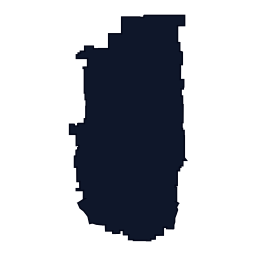 outline of Tammin, Western Australia, Australia
{"feature_id": "25037944B7078020583356", "entity_name": "Tammin", "entity_type": "district", "adm_level": 2, "iso_a3": "AUS", "parent_name": "Australia", "parent_adm1": "Western Australia", "projection": "orthographic", "projection_center": [117.495, -31.605], "detail": "fine", "context": "isolated", "style": "filled", "palette": "ink", "viewbox_px": 256, "rotation_deg": 0, "n_neighbors": 0, "source": "geoboundaries", "source_scale": "gbopen_adm2", "svg_char_len": 4862}
<svg xmlns="http://www.w3.org/2000/svg" viewBox="0 0 256 256"><path d="M89.7,223.5L92.2,222.9L92.4,223.0L93.3,223.1L94.8,223.6L96.2,224.1L96.3,224.1L97.3,224.2L98.1,224.3L99.9,224.5L101.0,224.6L101.5,224.6L102.4,224.8L102.9,224.8L103.2,224.8L103.6,224.8L104.4,224.8L104.6,224.8L105.5,224.8L105.7,230.9L112.7,230.9L112.8,233.3L115.4,233.3L119.7,233.2L119.7,230.4L123.4,230.4L123.4,232.6L123.5,233.1L123.5,233.6L123.4,233.9L123.5,234.7L124.3,234.7L128.7,234.7L128.7,235.9L128.7,236.0L128.7,236.8L128.6,239.4L128.6,239.6L133.5,239.6L133.5,240.4L146.6,240.4L146.6,240.6L150.7,240.6L150.7,239.1L155.2,239.0L155.2,235.8L155.2,235.2L163.3,235.1L163.3,228.5L163.4,227.3L166.7,227.3L166.7,228.6L173.4,228.7L173.6,228.6L173.7,228.3L173.7,228.1L173.7,227.5L173.7,226.7L173.7,225.3L173.7,225.2L173.7,224.9L173.8,224.6L174.0,223.9L174.3,222.9L174.5,222.4L174.6,222.0L174.6,221.9L174.6,221.7L174.6,221.3L174.6,220.6L174.6,219.4L174.6,218.3L174.7,217.9L174.7,217.7L175.1,216.7L175.5,215.6L175.9,214.6L176.3,213.4L176.6,212.4L176.9,211.6L177.1,211.0L177.3,210.4L177.4,210.2L177.4,209.9L177.4,209.6L177.3,209.2L177.2,209.0L177.1,208.7L176.8,208.2L176.7,208.1L176.6,207.8L176.5,207.6L176.5,207.4L176.5,207.2L176.6,206.8L176.7,206.6L177.0,206.1L177.2,205.7L177.4,205.4L177.5,205.2L177.7,204.9L177.9,204.4L178.1,203.9L178.2,203.7L178.4,203.4L178.5,203.3L178.3,203.2L178.0,203.0L177.4,202.7L176.4,202.0L176.5,202.0L176.5,187.1L175.2,187.1L175.2,185.3L177.2,185.3L177.2,176.5L177.2,174.7L177.2,172.8L177.2,171.4L177.2,170.8L177.2,170.7L179.5,170.7L179.5,167.3L180.8,167.3L180.8,165.7L182.8,165.7L182.8,160.3L186.4,160.3L185.7,159.4L185.2,158.9L184.4,157.9L184.3,156.9L184.3,156.7L184.3,156.4L184.3,156.0L184.3,155.9L184.3,155.5L184.3,155.4L184.3,155.2L184.3,154.9L184.3,154.7L184.3,154.2L184.3,153.8L184.3,153.6L184.3,153.4L184.3,153.1L184.3,152.8L184.3,152.5L184.3,152.3L184.3,151.7L184.3,151.2L184.3,150.9L184.3,150.6L184.3,150.4L184.3,150.0L184.3,149.8L184.3,149.6L184.3,149.4L184.3,149.2L184.3,147.8L184.3,135.8L184.0,135.8L184.0,135.4L184.1,135.2L184.1,130.5L182.5,130.5L182.5,128.4L182.0,128.4L182.0,122.6L182.9,122.6L183.0,104.7L182.5,104.7L182.5,96.0L181.1,96.0L181.1,94.8L181.1,94.3L181.1,93.7L181.1,92.4L181.1,91.4L181.1,90.0L181.1,88.9L183.3,88.9L183.3,86.9L183.7,86.9L183.7,79.6L180.3,79.6L180.4,68.1L180.3,64.6L182.3,64.6L182.3,52.2L182.2,52.2L181.0,51.7L179.7,51.3L179.7,42.7L178.9,42.6L177.5,42.6L177.5,25.7L179.8,25.6L181.4,25.6L183.2,25.6L184.4,25.6L184.6,25.6L184.6,24.5L184.6,23.2L184.6,21.8L184.6,19.7L184.6,18.4L184.6,17.9L184.6,15.4L180.9,15.4L177.5,15.4L174.2,15.4L172.7,15.4L170.5,15.4L169.9,15.4L166.9,15.4L163.6,15.4L162.8,15.4L161.2,15.4L159.5,15.4L157.8,15.4L154.3,15.4L151.9,15.4L146.3,15.4L144.8,15.4L144.6,15.4L144.4,15.4L144.3,15.5L144.2,15.5L144.0,15.8L144.0,16.0L143.9,16.1L143.9,16.8L143.9,17.1L143.8,17.3L143.7,17.4L143.6,17.5L143.4,17.5L142.2,17.5L141.1,17.5L140.8,17.5L140.6,17.4L140.3,17.3L140.1,17.2L139.9,17.1L139.6,17.1L138.7,17.1L137.6,17.1L136.5,17.1L135.8,17.1L135.6,17.1L134.0,17.1L131.4,17.1L130.8,17.1L130.3,17.1L129.0,17.1L128.4,17.1L127.6,17.1L125.9,17.1L124.8,17.1L124.5,17.1L122.9,17.1L122.0,17.1L121.8,17.1L121.7,17.1L121.7,18.5L121.7,19.8L121.7,21.3L121.7,22.8L121.7,24.0L121.7,27.7L121.7,29.3L121.7,32.7L121.7,33.6L121.7,33.8L108.7,33.8L108.7,34.8L108.7,39.4L108.7,41.4L108.7,43.1L108.7,44.7L108.7,46.1L108.7,47.8L108.7,48.7L108.2,48.7L107.2,48.7L104.5,48.7L102.7,48.7L101.4,48.7L98.6,48.7L98.3,48.7L98.1,48.8L97.9,48.8L97.7,48.8L93.4,48.8L93.3,46.2L84.7,46.2L84.7,51.3L80.4,51.3L80.4,53.0L78.2,53.0L78.2,54.8L76.4,54.8L76.4,58.4L87.6,58.4L87.6,67.1L83.2,67.2L83.2,68.4L84.2,68.4L84.3,68.4L84.4,68.5L84.4,69.9L84.4,71.7L84.4,73.1L84.4,74.3L84.4,75.4L84.4,76.8L84.4,77.4L84.4,78.6L84.4,81.7L84.4,84.8L84.4,85.0L84.4,85.5L84.4,86.1L84.4,86.3L84.4,88.1L84.4,93.0L85.2,93.0L85.2,99.6L86.2,99.6L86.2,106.5L85.9,106.5L85.9,114.6L85.8,118.8L84.4,118.8L84.4,123.5L78.0,123.5L77.8,123.6L77.8,126.1L74.3,126.1L74.3,124.4L73.6,124.3L69.6,124.3L69.6,134.3L76.2,134.3L76.2,134.7L76.2,135.0L76.3,136.1L76.3,138.3L76.3,145.5L78.8,145.3L78.8,145.6L78.8,145.8L78.8,147.6L78.0,147.6L77.8,147.7L77.8,147.8L77.8,148.0L77.8,149.9L77.8,150.0L77.7,150.1L76.4,150.2L76.4,150.3L76.2,150.4L76.1,150.5L76.1,155.7L76.1,155.8L76.0,156.0L75.9,156.1L74.8,156.1L74.5,156.2L74.5,156.3L74.5,156.5L74.5,160.1L74.5,163.2L74.5,167.2L76.9,167.2L77.0,181.5L79.8,181.5L79.9,188.7L76.3,188.7L76.3,190.5L83.5,190.5L83.5,198.8L84.6,198.8L83.7,199.4L82.9,199.9L81.7,200.7L80.6,201.4L79.5,202.1L78.8,202.5L77.9,203.0L78.0,203.1L78.4,204.0L79.6,206.8L79.9,207.4L80.0,207.7L80.0,207.8L80.2,208.0L80.3,208.1L80.9,208.6L81.9,209.4L83.0,210.2L83.7,210.8L83.8,210.9L84.0,211.0L84.4,211.6L85.0,212.3L85.5,213.0L86.4,214.1L87.1,215.1L87.8,216.0L88.0,216.3L88.2,216.9L88.5,218.2L88.7,219.2L89.0,220.5L89.5,222.7L89.7,223.5Z" fill="#0f172a" stroke="#020617" stroke-width="1.5"/></svg>